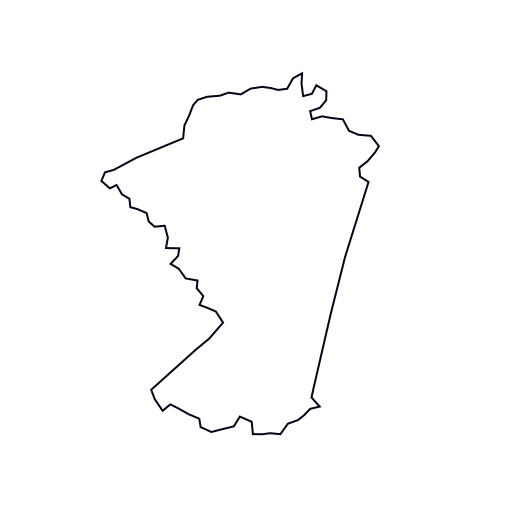 Arroio Trinta, Santa Catarina, Brazil (Robinson projection), rotated 327°
{"feature_id": "56859067B75493701327635", "entity_name": "Arroio Trinta", "entity_type": "district", "adm_level": 2, "iso_a3": "BRA", "parent_name": "Brazil", "parent_adm1": "Santa Catarina", "projection": "robinson", "projection_center": [-51.339, -26.925], "detail": "fine", "context": "isolated", "style": "outline", "palette": "ink", "viewbox_px": 512, "rotation_deg": 327, "n_neighbors": 0, "source": "geoboundaries", "source_scale": "gbopen_adm2", "svg_char_len": 1288}
<svg xmlns="http://www.w3.org/2000/svg" viewBox="0 0 512 512"><g transform="rotate(327 256 256)"><path d="M383.9,127.1L373.2,132.7L365.0,128.8L359.9,123.2L353.3,117.5L342.7,112.7L331.3,112.2L322.0,104.1L313.1,101.9L301.6,95.8L292.2,93.3L285.3,95.3L276.3,101.9L267.1,107.5L259.0,117.6L209.5,108.5L183.6,106.3L174.9,103.6L167.2,108.8L170.3,119.7L177.7,120.5L177.2,131.3L181.0,139.1L177.2,146.6L182.1,152.1L187.6,160.4L184.8,168.7L186.9,176.2L195.9,180.9L192.1,192.6L184.8,200.3L195.9,207.8L190.7,213.5L180.1,216.1L184.3,224.7L184.8,236.5L193.6,244.7L188.7,250.8L190.0,260.9L182.0,266.3L186.9,272.9L192.1,280.7L192.1,293.9L171.7,299.8L155.0,301.7L95.2,311.1L93.1,321.1L93.4,335.0L103.3,333.8L107.4,340.7L113.3,351.9L119.8,361.6L116.4,369.3L122.7,379.3L132.0,382.4L144.6,386.8L155.0,381.9L162.1,392.7L156.4,403.7L164.2,408.9L171.3,412.3L179.4,418.7L191.4,414.0L202.1,416.5L209.6,415.7L218.2,413.7L227.4,417.0L225.5,404.9L233.4,397.1L287.4,345.0L330.1,305.4L390.7,255.2L386.5,246.0L390.7,238.2L401.4,237.2L412.6,233.8L418.9,230.8L417.8,217.8L407.8,210.0L402.2,201.7L403.3,188.7L394.5,181.4L387.4,174.8L377.4,171.8L380.3,164.0L390.3,166.5L399.7,163.6L404.8,156.2L399.6,145.7L391.2,150.4L382.6,147.6L388.1,136.2L394.1,127.9L383.9,127.1Z" fill="none" stroke="#020617" stroke-width="2"/></g></svg>